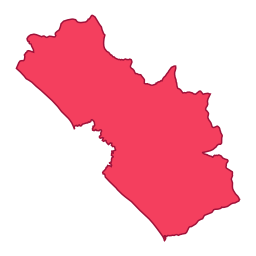 outline of Padang Pariaman, Sumatera Barat, Indonesia
{"feature_id": "22746128B3683779023382", "entity_name": "Padang Pariaman", "entity_type": "district", "adm_level": 2, "iso_a3": "IDN", "parent_name": "Indonesia", "parent_adm1": "Sumatera Barat", "projection": "orthographic", "projection_center": [100.243, -0.567], "detail": "fine", "context": "isolated", "style": "filled", "palette": "rose", "viewbox_px": 256, "rotation_deg": 0, "n_neighbors": 0, "source": "geoboundaries", "source_scale": "gbopen_adm2", "svg_char_len": 5764}
<svg xmlns="http://www.w3.org/2000/svg" viewBox="0 0 256 256"><path d="M18.9,62.6L16.4,68.4L20.5,72.1L24.2,76.1L26.1,78.6L26.7,79.0L28.6,80.0L31.9,82.2L36.2,86.3L41.0,90.3L52.1,100.5L57.7,106.5L61.6,111.6L68.4,118.3L70.1,120.4L71.8,123.0L73.2,125.9L74.3,128.7L74.5,128.6L74.3,128.1L74.3,126.7L74.6,126.3L75.3,125.7L76.1,125.4L77.0,125.5L77.1,126.1L77.6,126.1L78.4,125.7L79.2,124.8L79.4,124.9L80.1,125.9L80.9,125.9L81.5,125.6L82.1,124.6L82.5,124.2L86.4,123.0L87.8,122.9L88.1,122.3L88.6,122.0L89.2,122.2L89.6,122.2L89.7,121.9L90.7,121.6L91.2,120.2L91.4,119.8L92.0,119.7L92.6,120.0L93.1,120.7L93.8,121.2L94.3,122.3L94.7,125.2L94.3,126.0L93.2,126.1L93.0,126.3L93.0,126.5L93.3,127.4L93.1,127.7L92.9,127.7L92.7,128.4L92.5,128.5L92.6,130.1L93.6,130.5L94.5,130.3L94.5,130.5L94.9,130.4L95.5,129.6L95.8,129.5L96.6,130.5L98.6,130.7L99.0,130.7L99.6,130.1L100.5,129.8L100.9,129.8L101.6,131.0L101.3,131.7L101.1,131.9L100.7,133.6L101.0,134.8L100.9,135.2L99.5,136.3L99.4,137.0L99.6,137.7L100.5,138.2L102.5,137.6L103.4,138.0L102.3,140.4L103.6,141.3L104.5,140.9L105.1,140.4L105.6,140.4L106.0,140.6L106.1,141.6L106.3,142.0L107.6,143.7L108.1,144.2L108.4,144.1L108.7,144.5L110.3,142.9L110.9,143.2L111.7,143.2L111.8,143.9L111.4,145.3L112.1,145.6L112.4,146.5L112.7,146.6L113.8,146.4L114.6,146.7L114.9,148.0L115.6,149.9L115.5,150.2L114.8,150.3L113.2,151.1L112.4,151.2L112.0,151.0L111.8,151.5L112.2,152.2L113.0,151.9L113.2,152.2L113.1,153.1L112.3,152.7L111.8,152.9L111.5,154.2L111.7,154.9L111.5,155.5L112.8,156.2L113.2,156.6L113.2,156.9L111.9,157.8L111.5,159.2L111.5,161.1L111.0,161.8L111.1,162.7L110.7,163.0L110.2,163.0L109.8,162.7L109.5,162.9L109.7,163.4L110.7,163.8L111.5,164.9L111.6,165.3L111.3,166.4L111.2,166.6L110.1,165.8L108.5,165.7L107.7,165.4L107.1,167.0L106.7,167.2L106.4,167.2L106.0,167.8L105.9,168.7L103.9,171.0L103.3,171.3L103.0,172.1L102.7,172.4L102.7,172.7L103.0,173.2L103.0,173.7L103.2,174.0L104.4,174.0L104.7,174.4L105.1,175.5L105.3,177.0L109.4,181.4L116.2,188.0L117.5,189.7L122.2,194.3L125.2,196.8L131.5,201.6L139.8,210.2L149.3,219.1L153.0,223.3L156.2,227.4L160.0,232.5L162.9,236.6L164.1,239.2L164.2,240.1L164.5,240.6L165.0,240.0L165.7,238.6L165.4,237.6L164.4,236.6L164.3,236.0L164.6,235.7L165.3,235.8L166.0,236.5L166.7,236.6L167.3,235.8L167.8,235.5L169.5,235.7L170.8,235.6L171.6,235.5L172.3,235.2L174.3,235.4L175.0,235.0L176.2,234.6L177.2,234.7L178.3,235.3L178.8,235.2L179.7,234.6L181.2,234.3L182.0,234.0L185.4,233.4L186.6,232.3L188.9,227.5L189.6,226.8L191.4,226.6L195.5,224.1L196.4,223.2L198.4,220.6L200.7,219.4L202.6,218.7L204.0,216.0L204.8,215.2L211.6,212.5L212.3,211.9L213.6,209.8L215.0,209.3L218.0,209.1L220.3,208.5L221.5,207.7L221.7,207.2L222.6,207.4L224.2,207.3L227.6,206.4L231.1,203.9L232.7,203.2L235.0,202.9L237.3,201.7L238.8,201.0L239.6,199.3L239.0,198.9L238.9,198.1L237.8,196.3L235.5,193.9L233.6,190.9L232.6,188.6L232.4,186.6L232.5,182.8L231.3,179.3L231.5,178.3L232.5,175.7L232.3,174.1L232.5,172.9L232.3,171.8L226.5,168.2L226.1,167.5L226.0,166.7L226.3,165.4L226.3,164.1L226.6,163.2L227.7,161.7L228.0,160.9L227.5,159.9L227.2,159.7L224.8,159.0L222.6,157.9L221.3,156.1L219.3,155.1L218.5,155.0L217.6,155.5L216.5,155.3L215.3,155.5L214.6,155.3L213.8,155.9L212.9,157.1L212.6,157.2L211.5,156.4L209.9,156.0L207.8,155.2L207.2,154.7L206.6,154.7L205.7,154.2L205.2,154.2L204.4,154.0L203.9,153.7L203.6,153.2L202.6,152.8L202.6,152.5L202.8,152.4L204.3,152.2L210.5,150.6L212.9,149.5L216.4,146.6L216.7,145.7L218.2,144.5L218.8,144.3L220.6,144.2L221.5,143.2L221.6,142.7L221.7,137.9L222.2,136.0L222.1,135.2L220.7,132.6L220.4,131.1L220.1,130.7L219.7,128.8L219.3,127.8L218.1,126.6L217.5,126.2L216.7,126.3L215.1,127.1L213.7,127.5L212.9,127.4L212.0,126.6L211.5,124.7L210.8,122.7L208.7,119.6L208.0,118.1L207.8,116.9L208.4,114.6L208.5,113.6L208.3,112.9L207.0,111.1L206.0,110.2L205.7,109.5L205.6,109.0L206.1,107.4L207.1,106.0L207.8,104.2L207.4,101.2L208.0,98.8L210.3,94.0L208.8,93.8L208.0,93.3L205.0,93.7L203.3,94.2L202.9,94.0L200.6,91.2L200.3,91.1L199.3,91.2L195.6,94.2L193.7,93.9L192.3,92.9L189.3,92.1L187.4,92.2L185.8,92.9L184.5,92.6L183.5,92.9L182.8,92.9L180.7,90.0L179.5,89.0L177.8,88.4L177.0,86.2L176.6,82.8L176.1,81.7L176.0,80.0L175.0,77.1L174.6,74.3L174.7,72.0L175.2,70.7L175.8,68.1L175.6,66.1L174.1,66.1L171.4,67.4L168.5,71.4L168.4,71.9L166.8,73.8L165.4,76.0L164.0,77.2L163.1,78.4L161.9,80.8L161.6,80.6L161.0,80.6L160.2,81.4L159.8,81.5L159.4,81.8L158.6,81.8L157.8,82.2L156.8,82.9L156.7,83.3L156.0,83.3L156.0,83.8L155.8,84.1L152.6,85.2L151.1,85.2L149.3,84.4L147.5,83.9L147.4,83.7L145.7,83.9L144.5,83.4L144.3,83.1L144.4,79.9L143.7,78.6L141.9,76.4L140.8,74.8L139.9,74.6L138.8,74.6L136.8,73.6L135.5,73.6L134.8,72.4L133.9,70.3L133.4,69.9L132.8,69.1L131.6,68.4L130.6,67.4L130.4,66.6L130.5,65.7L131.9,62.2L131.8,61.2L131.2,59.7L129.8,59.1L129.0,59.6L127.9,59.6L127.0,59.6L125.3,59.0L123.3,60.0L121.5,59.5L120.6,59.9L119.6,59.4L118.3,59.5L115.2,58.1L114.2,57.0L112.9,56.8L111.5,55.0L110.7,55.0L108.8,52.5L106.7,51.3L104.6,48.6L103.8,46.1L103.6,43.2L103.7,41.2L104.0,38.5L104.9,35.0L103.6,33.7L102.0,29.6L101.4,27.0L99.4,24.3L95.0,17.0L92.6,15.4L91.6,15.5L89.4,18.9L88.2,19.2L87.6,20.5L85.7,22.0L80.8,22.6L78.4,22.3L77.5,21.9L76.9,21.4L75.6,19.7L72.9,19.1L71.4,19.2L67.7,19.9L63.6,21.2L61.1,23.8L60.3,27.1L59.2,29.9L56.8,31.6L55.3,33.2L55.4,33.7L55.3,34.5L55.8,35.4L55.3,36.6L54.2,37.0L51.4,36.4L49.3,36.2L47.2,37.3L46.7,37.4L46.2,37.3L44.0,36.0L43.1,36.1L41.6,36.7L36.4,34.7L33.9,34.2L30.6,34.9L28.2,36.6L28.0,37.3L27.3,38.1L27.0,38.9L27.3,39.5L27.3,40.1L28.1,41.5L29.1,41.5L29.3,41.9L29.1,43.0L29.8,43.8L30.8,43.9L31.2,44.4L31.4,45.5L31.9,46.6L33.4,49.6L33.6,52.2L31.0,51.4L30.1,51.0L28.6,50.7L27.3,51.0L26.6,52.4L25.9,52.7L25.1,54.1L24.5,54.5L24.5,55.6L24.8,56.1L24.8,56.9L24.4,59.6L23.6,60.6L21.5,60.7L20.1,61.0L18.9,62.6Z" fill="#f43f5e" stroke="#9f1239" stroke-width="1.5"/></svg>